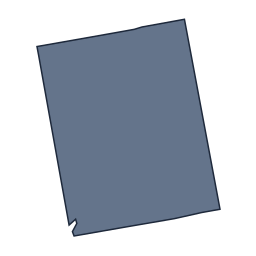 the district of Henry, Missouri, United States of America, rotated 78°
{"feature_id": "52423323B86043249608215", "entity_name": "Henry", "entity_type": "district", "adm_level": 2, "iso_a3": "USA", "parent_name": "United States of America", "parent_adm1": "Missouri", "projection": "robinson", "projection_center": [-93.766, 38.384], "detail": "fine", "context": "isolated", "style": "filled", "palette": "slate", "viewbox_px": 256, "rotation_deg": 78, "n_neighbors": 0, "source": "geoboundaries", "source_scale": "gbopen_adm2", "svg_char_len": 351}
<svg xmlns="http://www.w3.org/2000/svg" viewBox="0 0 256 256"><g transform="rotate(78 128 128)"><path d="M32.8,101.3L32.2,120.1L29.4,200.1L38.2,200.3L210.7,205.8L206.3,198.2L210.7,197.9L217.8,203.9L222.4,203.2L224.2,154.5L226.3,101.4L226.0,73.5L226.6,54.9L33.4,50.2L32.1,93.3L32.8,101.3Z" fill="#64748b" stroke="#1e293b" stroke-width="1.5"/></g></svg>